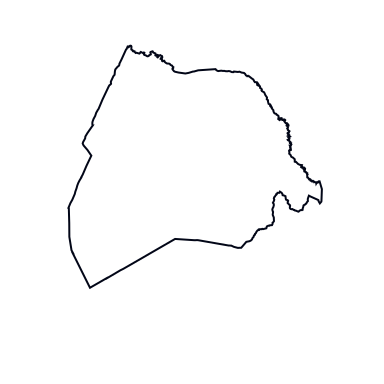 outline of Mwanga, Kilimanjaro, United Republic of Tanzania, rotated 115°
{"feature_id": "72390352B15719315121224", "entity_name": "Mwanga", "entity_type": "district", "adm_level": 2, "iso_a3": "TZA", "parent_name": "United Republic of Tanzania", "parent_adm1": "Kilimanjaro", "projection": "albers", "projection_center": [37.536, -3.684], "detail": "fine", "context": "isolated", "style": "outline", "palette": "ink", "viewbox_px": 384, "rotation_deg": 115, "n_neighbors": 0, "source": "geoboundaries", "source_scale": "gbopen_adm2", "svg_char_len": 5850}
<svg xmlns="http://www.w3.org/2000/svg" viewBox="0 0 384 384"><g transform="rotate(115 192 192)"><path d="M89.4,144.7L87.6,145.1L86.6,145.7L86.2,146.9L86.2,148.0L85.7,148.5L85.6,149.0L85.8,149.7L85.8,150.6L84.7,152.1L83.5,152.8L82.5,155.0L81.8,155.2L80.6,156.8L81.4,156.6L81.1,157.4L79.8,158.3L79.7,159.9L77.7,161.5L76.7,161.9L76.4,163.4L74.6,164.0L73.3,166.3L71.2,168.7L71.0,171.2L70.6,171.9L69.8,171.9L69.0,172.8L69.0,174.1L68.5,174.5L67.5,175.0L67.5,178.0L66.7,178.6L66.2,177.5L65.1,179.3L65.5,180.7L65.9,181.4L65.3,182.5L64.1,184.0L63.9,185.4L63.0,189.3L63.6,190.6L63.3,190.7L63.5,191.0L63.5,192.4L62.4,193.9L62.4,194.4L62.1,195.2L62.8,197.5L62.9,199.8L63.8,201.1L65.1,204.9L65.8,205.0L66.5,206.6L66.5,208.6L66.9,209.9L67.7,211.1L68.3,212.6L68.6,214.0L69.2,215.1L69.7,216.8L71.3,219.3L71.4,220.0L71.3,221.4L70.7,222.6L79.1,237.8L82.1,241.3L82.4,242.0L85.4,245.3L87.4,248.1L89.4,254.6L90.2,258.3L90.1,259.4L89.1,261.4L88.7,261.8L88.3,261.8L87.7,261.4L86.7,261.7L86.7,262.4L85.9,263.4L85.9,265.2L85.3,266.3L85.4,267.2L86.1,268.9L86.0,270.3L85.7,271.5L84.9,272.4L84.8,272.8L85.9,273.7L85.9,274.4L85.7,274.7L85.2,274.7L84.6,275.2L84.5,276.0L84.6,276.7L83.9,276.8L83.3,275.8L82.6,275.8L81.9,276.2L81.5,276.7L81.7,277.0L81.7,277.3L81.3,278.4L81.7,279.0L82.6,279.5L84.5,280.0L84.5,280.4L84.2,280.6L83.7,280.5L82.7,280.0L82.3,280.0L82.3,281.2L82.9,281.8L83.4,282.1L83.7,282.4L83.7,282.8L83.5,283.1L82.5,283.1L81.9,283.6L81.9,284.6L82.0,286.0L81.9,286.3L81.2,286.9L81.2,287.3L82.6,288.7L83.0,288.8L84.5,287.5L84.8,287.5L86.1,288.6L86.9,288.7L87.7,289.4L87.9,290.0L87.7,291.7L87.9,293.0L87.8,293.5L87.3,294.0L86.2,293.9L85.9,294.0L85.9,294.6L86.8,295.1L86.7,297.6L87.1,297.8L88.2,297.9L88.8,298.2L89.3,301.3L89.8,301.8L89.2,303.3L88.8,303.5L88.9,304.2L89.4,304.7L89.3,305.2L88.7,305.6L88.5,307.2L85.7,308.4L85.3,308.9L85.3,309.4L85.8,310.1L86.8,310.3L86.9,310.9L87.6,310.9L87.5,311.8L90.2,311.7L90.7,312.0L101.6,311.9L106.4,312.0L107.5,311.6L108.4,311.6L110.0,312.4L113.3,313.3L115.1,312.9L118.5,311.7L120.2,312.2L125.6,312.2L126.6,312.1L128.1,311.1L128.7,311.2L130.3,312.0L131.6,312.1L146.1,312.2L156.2,311.8L157.7,312.1L158.5,312.1L160.6,312.3L164.0,311.9L167.3,312.1L170.1,311.9L171.3,311.6L172.8,310.9L173.7,310.2L173.8,310.3L173.7,310.1L182.9,311.7L186.8,312.1L188.6,311.5L192.7,311.8L194.2,311.6L195.6,310.0L198.1,304.5L201.6,298.6L212.8,298.7L222.4,298.4L225.5,298.6L225.6,298.4L229.0,298.8L231.9,298.9L234.6,298.7L237.5,298.2L240.9,297.9L243.3,297.4L249.7,297.2L253.4,297.5L258.0,297.3L257.7,296.9L258.1,297.1L272.1,290.1L284.5,284.2L295.7,276.6L297.7,274.0L297.8,274.3L321.9,244.0L306.1,232.9L306.3,232.8L293.2,223.8L290.7,221.8L241.7,187.5L234.7,169.5L233.2,166.5L225.0,136.1L224.0,133.8L224.0,130.8L223.3,126.9L221.7,123.8L214.2,121.7L212.3,119.1L211.2,118.2L209.7,117.6L208.2,117.7L206.6,117.2L205.3,117.5L204.1,116.9L203.4,117.2L202.0,116.7L200.8,116.8L198.9,116.3L198.2,115.3L197.6,115.6L196.9,114.6L196.6,113.6L195.7,112.8L195.7,112.0L193.5,109.3L191.6,109.6L190.2,108.5L189.9,107.7L189.4,107.5L188.2,105.5L186.7,105.5L185.9,106.0L184.9,105.6L183.8,105.4L180.5,107.1L178.6,109.2L175.8,110.1L175.0,111.0L173.9,111.8L172.7,112.0L171.3,111.9L169.2,112.3L168.2,113.0L167.6,114.1L165.6,114.0L164.2,114.2L163.3,115.1L161.9,115.3L161.1,114.9L160.0,114.9L159.3,114.6L158.4,114.7L158.3,114.3L157.8,114.2L156.6,114.2L155.8,112.5L154.5,112.5L154.8,110.5L155.7,109.1L156.6,108.5L156.3,107.1L156.3,105.5L158.6,104.1L159.2,103.5L159.0,101.8L159.4,101.1L160.6,101.1L161.7,100.5L161.7,99.8L162.3,99.1L162.4,97.9L163.1,97.2L164.3,97.0L165.3,96.4L165.7,95.5L165.5,94.4L165.0,93.7L165.3,92.3L165.0,91.7L165.3,90.8L165.0,90.1L164.9,87.3L164.4,86.9L163.6,86.7L162.9,86.2L162.3,85.6L162.0,84.7L161.4,84.2L160.3,84.7L158.2,84.9L157.4,85.2L156.8,85.2L155.8,84.3L154.7,84.0L154.4,83.6L153.9,83.5L152.9,83.6L151.3,83.1L149.9,83.9L149.0,84.2L145.9,84.5L146.0,82.5L145.9,74.1L147.0,73.2L148.3,71.3L146.1,70.7L145.4,70.9L134.5,75.5L128.4,80.9L128.6,81.3L129.2,81.2L129.2,81.9L129.4,82.0L130.1,81.8L130.4,82.0L130.4,82.9L131.7,83.0L131.1,83.4L131.0,85.1L131.5,85.5L130.9,86.3L131.0,86.9L130.8,87.1L131.0,87.6L131.6,87.7L131.3,88.2L131.6,88.7L131.4,88.9L131.3,89.3L130.9,89.3L130.5,90.1L130.5,90.4L130.8,90.1L131.1,90.2L130.8,90.6L131.1,91.1L129.9,93.1L130.0,93.7L127.7,94.9L127.2,94.8L127.1,95.3L126.7,95.4L126.6,95.8L126.3,95.8L126.4,96.3L125.8,96.8L125.9,97.5L125.6,98.2L125.9,98.3L125.9,98.8L125.4,98.9L125.3,99.2L124.7,99.1L124.4,99.7L124.3,99.4L123.9,99.7L123.6,99.2L123.3,99.3L123.4,99.7L123.2,99.8L123.2,100.1L122.9,100.3L122.5,100.4L122.5,100.7L122.8,101.0L123.0,101.1L123.2,100.8L123.7,101.1L122.8,102.2L123.3,102.4L123.3,102.8L123.5,103.0L123.3,103.7L121.2,103.8L121.8,105.7L121.8,107.0L121.8,107.6L120.7,110.6L120.8,111.1L121.1,111.3L121.1,111.7L119.0,112.7L118.7,113.1L118.6,113.9L118.2,114.7L118.1,116.9L116.8,118.3L116.2,120.1L115.3,120.3L113.5,121.5L112.3,121.2L112.4,120.3L112.1,120.1L110.2,121.3L110.0,121.5L110.1,121.9L109.6,122.0L108.9,122.7L108.8,122.1L108.1,122.0L107.6,122.2L107.1,122.1L107.0,122.7L106.7,122.8L106.3,122.8L106.5,123.4L106.4,123.9L106.0,124.2L105.6,124.1L105.5,123.4L105.3,123.5L104.9,124.5L104.8,125.3L104.1,125.9L104.5,126.9L104.3,127.3L102.8,126.2L102.5,126.2L101.7,127.9L100.8,127.5L100.7,126.8L100.3,126.5L100.0,127.3L100.3,128.5L99.6,128.1L99.2,128.1L98.9,129.4L98.6,129.5L98.8,129.8L98.5,130.2L98.1,130.3L97.7,130.1L97.3,129.3L96.1,129.5L95.7,129.4L95.3,131.3L95.0,131.6L94.7,131.6L94.1,132.6L93.6,132.5L93.5,132.2L93.2,132.2L92.2,132.8L92.0,133.7L91.0,132.6L90.4,133.0L90.0,133.8L90.5,134.8L90.3,135.0L89.8,134.6L89.5,135.0L89.7,135.6L90.0,135.8L90.0,136.2L88.9,138.3L88.5,138.7L88.2,138.0L87.7,137.8L87.4,137.9L87.2,138.5L87.3,139.3L87.9,139.4L88.6,140.6L88.3,141.0L87.2,141.9L87.3,142.3L88.0,143.3L88.6,142.5L88.9,143.4L89.2,143.3L89.4,142.8L89.8,143.0L89.4,144.7Z" fill="none" stroke="#020617" stroke-width="2"/></g></svg>